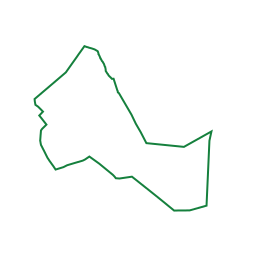 outline of San Juan Colorado, Oaxaca, Mexico, rotated 107°
{"feature_id": "50627088B25667047136129", "entity_name": "San Juan Colorado", "entity_type": "district", "adm_level": 2, "iso_a3": "MEX", "parent_name": "Mexico", "parent_adm1": "Oaxaca", "projection": "equal_earth", "projection_center": [-97.926, 16.501], "detail": "fine", "context": "isolated", "style": "outline", "palette": "green", "viewbox_px": 256, "rotation_deg": 107, "n_neighbors": 0, "source": "geoboundaries", "source_scale": "gbopen_adm2", "svg_char_len": 1730}
<svg xmlns="http://www.w3.org/2000/svg" viewBox="0 0 256 256"><g transform="rotate(107 128 128)"><path d="M188.9,185.1L184.3,178.3L184.2,178.2L181.4,175.3L180.4,173.8L178.6,171.1L177.0,168.7L175.3,166.1L175.2,166.0L174.9,165.4L174.2,164.4L172.4,161.7L170.7,159.9L166.6,156.6L170.5,145.1L177.3,128.6L178.5,126.5L179.6,125.0L178.8,121.4L173.4,110.0L183.2,85.1L187.0,75.6L193.5,59.7L193.1,58.7L188.8,45.0L179.3,30.2L116.4,46.4L106.9,47.2L129.7,69.0L137.1,106.0L128.3,114.6L121.6,121.8L114.2,128.6L113.1,129.8L97.3,146.9L96.9,148.1L95.6,148.7L95.3,149.1L85.1,156.2L85.3,156.8L85.7,157.7L85.5,158.1L85.2,158.6L84.7,159.4L84.7,159.5L83.4,162.0L83.0,162.3L82.3,163.0L82.0,163.7L81.4,164.3L80.9,164.9L80.3,165.6L80.2,165.8L79.8,166.0L79.4,166.2L79.0,166.3L77.5,167.0L76.9,167.4L76.5,167.6L76.4,167.6L76.1,168.0L75.3,168.7L75.1,168.8L73.8,169.7L73.2,170.4L72.5,171.2L72.4,171.2L71.9,171.8L71.5,172.6L70.9,173.1L70.1,174.0L69.8,174.4L69.7,174.3L68.7,175.3L67.7,176.1L66.0,177.7L66.0,177.8L65.4,178.0L63.8,179.1L63.4,179.5L63.3,179.9L62.6,182.9L62.6,183.0L62.5,186.0L62.6,189.1L62.5,190.0L62.6,190.9L62.5,193.6L70.0,196.1L71.7,196.7L74.9,197.7L85.4,201.2L93.0,203.7L110.4,214.8L127.6,225.8L129.8,224.9L132.9,223.3L133.9,220.2L134.8,218.5L135.9,216.4L137.2,214.1L142.0,216.5L144.6,212.7L148.6,207.0L150.5,208.0L153.6,209.7L154.0,209.9L155.8,210.5L159.4,209.7L160.4,209.5L162.1,209.1L165.2,208.4L165.5,208.3L165.8,208.3L166.8,207.7L167.9,207.2L169.0,206.6L169.6,206.3L171.1,204.8L172.7,203.3L173.4,202.6L173.5,202.5L173.6,202.4L174.2,201.8L177.7,198.5L179.8,196.5L180.2,196.1L180.4,195.8L180.9,195.2L182.5,193.3L183.4,192.1L183.6,191.8L184.4,190.8L185.0,190.0L186.2,188.4L188.9,185.1Z" fill="none" stroke="#15803d" stroke-width="2"/></g></svg>